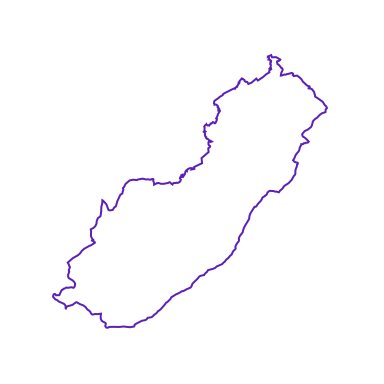 Vatava, Mures, Romania, rotated 191°
{"feature_id": "2599482B44944488682244", "entity_name": "Vatava", "entity_type": "district", "adm_level": 2, "iso_a3": "ROU", "parent_name": "Romania", "parent_adm1": "Mures", "projection": "albers", "projection_center": [24.826, 47.007], "detail": "fine", "context": "isolated", "style": "outline", "palette": "violet", "viewbox_px": 384, "rotation_deg": 191, "n_neighbors": 0, "source": "geoboundaries", "source_scale": "gbopen_adm2", "svg_char_len": 5999}
<svg xmlns="http://www.w3.org/2000/svg" viewBox="0 0 384 384"><g transform="rotate(191 192 192)"><path d="M143.4,339.5L143.3,338.7L142.4,338.8L142.1,338.5L141.7,337.4L142.1,336.6L140.4,336.5L139.8,336.1L140.2,335.7L140.0,335.3L139.2,334.9L139.3,334.0L139.8,333.5L139.3,332.6L139.5,332.4L138.9,331.9L138.7,330.9L138.7,329.8L138.5,329.5L139.1,328.4L138.2,328.6L137.7,327.7L138.2,327.2L139.1,327.6L139.1,327.0L138.7,326.6L139.2,326.1L139.2,324.9L138.9,324.1L141.5,321.9L144.1,318.5L148.6,314.0L150.5,315.6L154.3,310.8L157.3,308.8L158.7,310.5L159.9,310.6L160.4,310.4L161.7,311.2L161.9,311.9L162.9,312.4L163.8,312.4L163.9,312.8L164.8,313.0L166.5,309.9L166.3,308.7L167.1,308.5L167.1,308.0L166.6,308.0L166.6,307.3L167.3,306.4L167.8,303.9L168.4,304.0L169.5,301.6L169.9,302.0L171.3,301.1L179.1,295.1L180.2,293.9L180.3,293.0L183.2,290.4L183.7,289.5L187.3,285.8L187.5,284.9L187.3,283.1L186.6,282.6L186.5,282.0L185.8,282.4L185.1,282.4L183.4,281.7L182.7,280.7L183.1,280.4L183.0,280.0L182.3,279.3L181.4,279.1L181.1,278.6L181.9,277.6L181.7,276.9L180.3,277.2L180.0,276.9L181.5,273.1L181.4,272.1L182.3,268.8L181.4,268.5L181.5,266.5L182.2,264.2L182.6,263.8L183.1,263.8L183.7,264.4L184.9,264.6L185.9,262.9L186.8,262.8L186.8,262.4L187.9,260.4L188.7,260.7L189.6,260.3L190.5,260.8L190.7,261.1L190.8,260.8L191.5,260.6L192.5,258.5L191.9,257.6L191.5,254.7L190.6,254.1L191.8,253.7L192.0,253.3L190.7,252.6L190.2,251.7L190.3,250.8L189.8,249.5L188.5,248.6L188.7,247.9L187.3,247.0L186.6,247.1L185.5,246.3L184.2,246.0L183.5,245.4L182.9,245.6L182.2,245.3L183.5,244.6L184.9,244.8L185.2,244.4L185.3,243.7L184.9,241.9L184.3,241.1L183.3,240.8L182.9,240.3L183.2,239.2L184.3,238.3L184.2,237.2L183.3,234.4L189.1,227.1L187.6,222.2L194.6,217.0L194.1,215.1L196.6,214.1L196.3,214.8L196.3,215.4L197.9,215.2L199.0,214.8L200.8,213.3L200.9,211.5L201.8,211.9L202.4,210.4L202.3,208.4L203.8,204.9L204.4,204.8L204.7,207.2L205.7,206.5L205.6,205.7L206.4,204.0L206.5,203.2L205.3,202.0L205.6,200.1L206.1,199.7L206.4,199.1L207.7,198.2L208.9,198.2L209.7,197.7L211.7,197.4L212.3,196.7L212.6,195.6L214.1,196.3L215.2,197.2L215.9,197.3L217.4,196.2L221.2,194.7L224.1,194.1L226.4,194.5L227.3,194.1L227.8,194.2L230.6,192.0L230.9,193.4L232.2,195.6L232.2,196.7L232.5,197.3L233.9,197.0L234.8,196.2L237.8,196.0L239.7,195.5L242.9,195.7L247.6,193.9L248.3,193.2L252.3,192.8L255.5,191.4L258.8,187.2L259.6,184.1L260.6,182.6L259.8,181.2L260.1,179.2L260.1,177.2L261.6,175.9L261.9,175.3L263.5,168.9L264.0,163.7L264.2,163.1L265.3,162.2L266.4,159.3L268.9,158.3L270.5,158.4L273.7,163.6L277.6,166.5L278.4,166.8L277.9,163.4L278.2,160.2L277.8,158.0L277.8,157.2L277.4,156.1L277.5,154.4L277.3,153.6L277.2,151.0L277.9,149.9L279.1,148.8L279.6,147.5L280.0,145.3L279.7,142.6L280.5,139.8L281.9,137.9L284.3,136.0L283.5,133.9L282.9,129.8L282.0,128.2L280.6,126.6L280.6,126.2L280.9,125.2L280.5,125.1L279.6,125.9L279.0,124.4L278.7,124.1L277.7,124.0L277.7,123.6L281.0,120.4L282.4,119.6L287.0,115.7L288.9,113.2L290.0,110.7L291.0,109.2L292.3,107.8L296.3,104.4L300.5,99.0L298.9,97.1L298.5,96.1L297.5,95.0L298.0,91.7L297.9,91.1L297.4,90.7L297.3,90.3L297.8,87.2L297.5,85.3L296.5,84.0L292.2,82.4L290.7,81.4L289.5,80.1L289.1,79.3L289.2,76.7L289.8,75.6L290.2,75.3L292.2,75.5L295.4,74.3L297.2,74.2L298.5,73.0L299.5,72.6L300.4,71.3L301.0,71.1L301.3,70.6L302.6,65.4L305.8,64.7L306.7,65.6L307.7,65.6L308.2,65.1L308.4,64.4L308.5,63.0L308.0,62.3L305.6,60.5L303.9,60.2L301.9,59.1L296.4,57.8L295.2,57.0L294.4,56.1L293.6,52.8L293.4,54.8L292.6,56.0L287.9,58.3L284.9,61.5L284.2,61.8L280.4,60.5L276.8,59.9L275.9,59.3L274.6,58.8L272.2,56.6L270.8,56.2L268.7,54.7L268.2,53.8L267.0,52.8L265.9,52.8L263.4,53.9L261.6,54.0L258.1,55.2L258.0,53.0L257.6,50.9L257.2,49.9L256.1,48.4L254.5,47.7L251.9,47.0L251.4,46.0L251.6,44.4L251.4,43.5L250.1,42.5L248.7,42.7L247.7,43.6L246.5,44.0L237.1,45.8L233.5,46.9L227.2,47.4L223.2,48.9L222.9,49.6L223.0,50.8L222.1,51.7L216.7,56.0L213.3,57.4L212.5,58.1L211.4,60.1L208.0,61.3L207.3,61.9L206.4,62.9L206.1,63.8L203.9,66.1L202.9,67.8L202.8,68.4L201.5,69.5L199.8,71.8L197.1,76.5L196.3,78.4L195.3,79.1L192.7,82.9L192.3,84.6L188.1,88.5L185.0,90.7L183.0,92.7L181.7,93.0L179.1,95.2L175.1,98.0L174.6,99.0L174.0,102.2L170.3,107.5L168.6,110.6L167.2,111.6L164.2,112.8L164.1,113.6L163.1,115.2L162.2,116.2L161.3,118.4L156.5,120.7L154.5,122.2L153.7,123.5L148.5,127.1L147.6,128.7L146.6,129.8L145.4,132.3L144.0,133.7L142.4,136.7L141.2,138.1L140.4,141.4L139.7,142.7L138.5,144.3L138.4,145.1L139.0,146.4L138.7,148.1L137.9,150.5L136.7,152.5L136.7,154.0L137.1,155.1L137.1,156.2L136.6,158.0L134.6,162.0L134.4,165.6L133.5,169.1L130.8,176.3L131.0,179.9L130.6,182.1L127.8,189.4L126.7,189.6L126.1,190.3L125.2,192.6L122.7,196.6L122.0,198.6L121.8,199.7L121.2,200.7L119.8,201.6L119.7,202.2L118.6,203.2L118.1,204.1L117.7,206.0L116.6,207.4L115.8,208.0L111.8,208.5L110.8,208.2L109.3,208.5L106.6,208.3L106.0,209.9L103.7,212.8L103.3,214.1L102.5,215.6L98.8,219.2L96.4,223.1L95.0,227.4L94.2,228.6L94.0,229.4L94.6,232.8L94.4,235.2L94.0,236.6L94.1,238.8L93.5,239.8L93.8,240.8L97.0,241.1L98.8,242.4L98.0,244.4L97.5,247.3L96.8,249.3L95.1,252.2L94.7,253.9L94.6,256.7L93.7,259.1L93.9,259.7L92.2,260.2L91.4,261.3L90.3,261.4L89.8,262.0L87.7,262.6L87.0,263.7L89.5,265.6L91.8,266.9L93.8,267.6L94.9,269.5L94.8,270.0L93.1,273.2L90.1,275.5L87.6,278.4L87.0,280.3L86.8,284.1L86.4,285.3L84.9,287.4L83.4,288.8L81.3,292.1L79.4,294.1L76.2,295.9L76.5,298.4L75.5,300.2L76.8,301.8L78.2,302.6L80.8,305.4L85.9,307.8L89.3,309.1L89.8,310.9L90.4,311.6L91.3,313.6L93.3,315.2L93.4,315.6L94.5,316.0L97.0,316.2L97.1,315.9L97.3,315.9L97.4,316.1L96.3,317.1L96.8,318.1L99.0,318.3L102.5,320.4L102.7,320.7L103.8,321.1L106.1,323.5L108.4,325.1L111.2,326.3L114.3,325.2L114.8,325.8L115.3,326.0L115.1,326.7L115.4,327.5L116.8,327.9L120.3,326.2L121.2,325.9L122.4,325.0L123.6,325.0L126.1,323.5L127.0,323.2L127.1,325.9L126.3,328.9L126.4,329.7L127.1,330.6L128.4,331.0L129.2,332.0L130.8,333.2L132.6,334.0L133.4,336.1L133.2,336.7L131.4,337.5L130.8,338.2L130.6,338.9L135.1,340.4L139.2,339.5L140.4,341.5L143.4,339.5Z" fill="none" stroke="#5b21b6" stroke-width="2"/></g></svg>